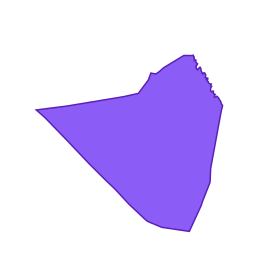 San Juan Achiutla, Oaxaca, Mexico, rotated 195°
{"feature_id": "50627088B30622720608002", "entity_name": "San Juan Achiutla", "entity_type": "district", "adm_level": 2, "iso_a3": "MEX", "parent_name": "Mexico", "parent_adm1": "Oaxaca", "projection": "equal_earth", "projection_center": [-97.513, 17.347], "detail": "fine", "context": "isolated", "style": "filled", "palette": "violet", "viewbox_px": 256, "rotation_deg": 195, "n_neighbors": 0, "source": "geoboundaries", "source_scale": "gbopen_adm2", "svg_char_len": 1536}
<svg xmlns="http://www.w3.org/2000/svg" viewBox="0 0 256 256"><g transform="rotate(195 128 128)"><path d="M42.5,174.3L44.1,175.6L45.4,177.7L47.0,179.1L47.6,179.7L48.2,180.5L49.3,181.0L50.1,181.6L50.5,181.6L51.5,180.4L52.6,180.3L52.7,181.1L52.5,182.9L53.0,182.8L53.7,183.3L53.9,183.1L54.2,183.5L54.7,184.1L54.8,184.7L55.0,185.6L55.5,185.7L56.8,184.6L57.7,185.1L58.1,186.1L58.2,186.7L58.5,188.7L58.4,188.8L58.1,189.3L58.0,190.0L58.4,190.1L59.1,190.2L59.0,192.0L59.5,191.9L60.0,191.9L60.9,192.1L61.8,192.4L62.2,192.9L62.5,193.5L63.0,193.5L63.2,193.9L63.7,194.1L64.4,195.2L64.9,195.1L64.9,195.7L63.6,195.6L63.8,196.7L66.0,196.7L66.2,196.8L66.6,197.3L66.5,197.7L66.6,198.9L66.7,199.6L68.2,201.0L68.4,201.0L68.6,201.1L69.1,200.9L69.6,199.5L70.5,200.2L71.4,201.4L71.8,201.7L72.5,202.7L72.9,203.7L72.8,204.0L73.9,205.2L74.2,205.4L74.7,204.8L75.2,203.6L75.9,202.1L76.5,202.4L77.4,203.7L77.7,203.7L77.8,204.2L78.4,206.1L77.9,206.4L77.5,207.0L77.4,208.0L79.1,208.9L79.4,208.9L79.5,209.2L79.9,211.1L81.3,211.3L81.5,210.8L81.7,211.6L81.9,212.0L82.3,212.6L82.2,212.9L82.7,213.9L82.8,213.9L83.0,213.8L83.8,215.2L85.1,214.5L92.8,212.5L94.3,211.0L109.3,195.3L112.2,190.8L115.0,187.5L118.2,187.1L120.1,187.0L120.8,179.5L127.0,164.1L140.2,157.2L192.9,133.3L221.3,121.7L210.5,116.3L183.8,100.3L156.1,83.3L135.2,71.3L125.2,65.9L107.1,54.5L87.9,44.2L85.0,42.9L83.6,42.7L83.4,42.7L82.8,42.6L81.8,42.4L69.6,40.8L42.0,44.0L37.2,72.2L37.1,75.8L34.7,96.8L37.7,110.5L42.4,169.6L42.3,172.2L42.5,174.3Z" fill="#8b5cf6" stroke="#5b21b6" stroke-width="1.5"/></g></svg>